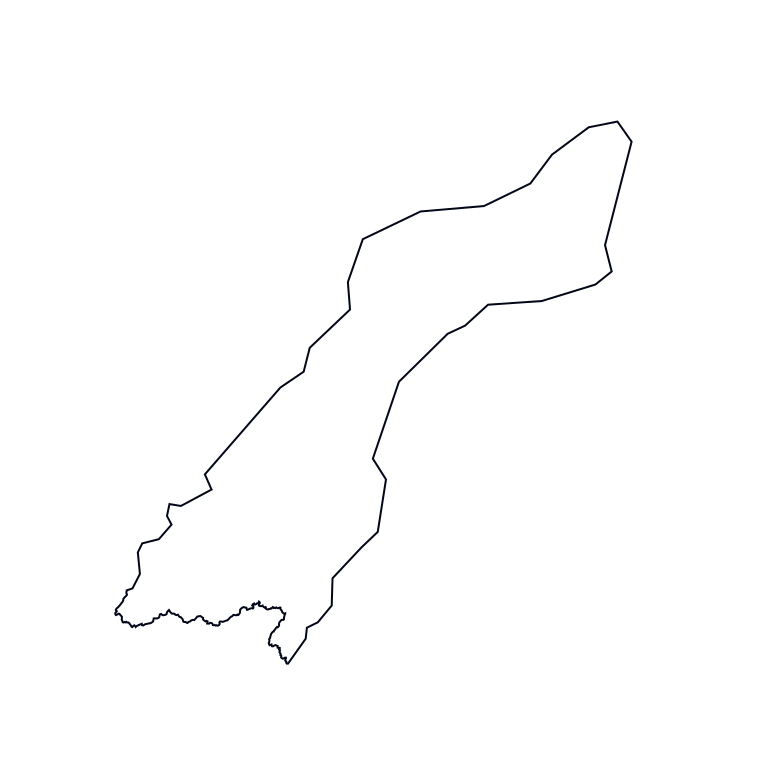 Yambio, Western Equatoria, South Sudan (Equal Earth projection), rotated 41°
{"feature_id": "79223893B76948069319823", "entity_name": "Yambio", "entity_type": "district", "adm_level": 2, "iso_a3": "SSD", "parent_name": "South Sudan", "parent_adm1": "Western Equatoria", "projection": "equal_earth", "projection_center": [28.647, 5.178], "detail": "fine", "context": "isolated", "style": "outline", "palette": "ink", "viewbox_px": 768, "rotation_deg": 41, "n_neighbors": 0, "source": "geoboundaries", "source_scale": "gbopen_adm2", "svg_char_len": 4385}
<svg xmlns="http://www.w3.org/2000/svg" viewBox="0 0 768 768"><g transform="rotate(41 384 384)"><path d="M388.0,32.8L370.1,55.9L360.3,100.7L362.9,136.7L342.7,184.1L298.4,229.8L273.0,288.6L289.9,330.8L309.5,350.1L304.2,405.4L315.3,427.4L308.1,454.6L308.1,569.7L323.1,576.8L310.7,609.3L300.9,615.4L306.8,626.0L315.9,629.5L315.9,648.8L306.1,662.9L308.7,672.6L324.4,687.5L328.3,703.3L325.3,708.4L325.5,708.5L326.0,710.0L327.0,711.0L328.0,711.4L328.4,712.1L328.4,713.3L328.2,714.9L328.2,715.7L328.2,717.0L329.0,718.2L329.6,719.8L329.6,721.9L329.7,723.0L329.8,724.2L329.8,725.4L329.8,726.7L329.5,728.4L329.5,729.2L329.8,730.5L330.6,730.7L331.4,730.8L331.4,731.9L331.4,733.0L332.1,733.9L333.2,734.3L334.1,732.7L334.2,731.6L335.2,731.0L336.4,731.3L337.7,731.4L338.9,731.6L339.8,732.7L340.3,733.3L340.7,734.0L342.2,734.7L343.1,735.2L343.9,734.9L344.2,733.9L345.2,733.6L345.5,732.6L346.5,732.6L347.5,731.7L348.6,731.7L349.4,731.9L350.6,732.1L351.9,732.5L352.8,732.8L353.5,732.6L353.5,731.0L353.9,729.9L355.2,730.0L356.0,730.3L356.3,728.3L356.8,727.5L357.6,725.6L358.5,723.9L359.6,724.8L360.8,724.1L361.3,722.1L362.2,720.9L363.6,719.0L364.7,717.7L365.2,716.3L365.5,714.6L364.6,713.1L364.0,712.0L365.6,710.6L366.6,709.7L367.3,708.4L367.3,707.4L366.3,705.5L366.0,704.8L366.6,703.8L367.9,703.8L369.0,703.5L370.3,701.9L370.7,700.9L370.8,700.1L370.1,699.0L369.8,697.6L370.0,695.6L371.1,695.9L371.5,696.3L372.7,696.3L373.3,696.4L374.5,696.5L375.5,695.6L376.6,694.9L377.9,695.0L378.8,694.7L379.8,693.3L381.1,693.7L382.5,693.9L383.5,693.3L385.4,693.5L386.7,693.8L387.2,694.2L388.2,694.8L388.6,695.0L389.5,694.6L390.4,693.7L391.6,693.7L392.5,693.2L392.5,692.0L393.5,690.2L393.5,689.4L394.2,687.7L395.7,686.5L395.7,684.5L395.7,683.3L395.7,681.9L396.4,681.1L397.5,679.7L398.7,679.4L399.9,679.4L400.9,679.2L401.9,680.4L403.4,680.5L405.1,680.2L405.5,679.2L406.5,678.9L407.1,679.9L407.7,680.8L409.3,679.5L409.3,678.5L410.4,677.7L411.4,677.4L412.4,677.8L413.0,678.2L414.0,677.6L414.3,676.9L415.6,676.7L415.9,675.9L417.1,675.5L417.7,673.9L417.3,672.8L416.2,672.0L416.0,670.9L417.1,670.0L418.5,669.1L419.3,667.6L420.0,666.2L420.8,665.3L421.0,663.8L421.0,662.9L421.1,661.0L421.2,660.0L421.8,658.8L421.8,658.0L421.8,657.1L422.7,656.4L423.5,656.0L424.5,655.1L424.6,654.3L425.3,654.3L425.6,653.9L425.6,652.9L425.5,651.8L425.1,650.7L424.7,650.3L424.2,649.6L423.5,648.7L423.5,647.4L423.7,646.0L424.1,645.2L424.4,644.4L425.7,643.9L426.9,643.1L427.4,643.5L428.2,644.0L428.8,644.3L429.3,643.6L430.1,641.7L430.5,641.1L430.9,640.4L431.6,639.7L432.3,639.5L432.3,638.7L431.9,638.1L431.3,637.6L429.8,637.6L429.7,636.8L429.6,636.0L429.9,635.0L430.7,635.5L431.4,635.0L432.0,633.8L432.0,633.1L432.7,632.2L432.7,631.2L432.4,630.3L433.3,630.3L434.0,630.8L434.2,632.1L434.9,633.2L435.6,633.2L436.2,632.9L437.2,632.1L437.7,631.0L437.9,631.2L438.7,631.2L439.9,631.2L440.8,631.0L440.8,630.2L441.4,630.1L441.9,631.0L443.2,630.9L444.1,630.5L444.7,629.8L444.8,629.3L445.7,628.3L445.7,627.6L446.4,627.2L446.4,626.5L446.4,625.3L447.0,625.2L447.7,625.4L448.0,624.8L449.0,624.4L449.2,623.3L450.2,623.3L451.3,622.5L451.6,621.6L452.2,620.8L452.8,620.8L453.2,621.6L454.0,622.0L455.2,622.0L456.1,622.5L457.1,623.0L458.7,623.0L459.4,622.9L459.9,621.9L460.3,622.4L460.4,623.3L461.2,624.7L461.5,625.5L462.2,626.4L462.9,627.3L462.6,628.3L461.8,628.7L461.4,629.6L461.4,630.3L461.4,631.2L461.4,632.3L461.8,633.4L462.7,634.6L463.4,635.2L463.4,635.9L463.4,637.5L462.6,637.7L462.5,639.0L462.8,640.5L462.8,641.6L462.8,642.3L463.2,643.1L462.7,643.8L462.6,645.2L462.8,646.6L463.3,647.9L464.0,649.3L464.7,650.5L464.6,651.3L464.7,652.0L465.7,652.6L466.4,653.7L467.0,655.2L467.7,655.5L468.5,656.1L469.3,656.0L469.6,655.2L470.0,654.4L470.4,654.7L471.4,655.4L472.3,654.9L472.6,654.1L472.8,653.1L473.5,652.2L474.8,651.8L475.6,651.5L476.2,652.3L476.7,652.8L477.4,652.1L478.5,651.6L478.9,652.1L478.9,653.1L479.3,653.4L480.2,653.2L480.5,653.8L481.0,654.9L481.6,655.2L482.5,655.2L483.2,655.9L483.8,656.6L484.4,656.3L485.2,657.0L485.8,657.9L486.7,657.9L487.8,657.7L488.3,657.1L488.7,655.6L489.5,654.9L490.0,655.3L490.4,656.6L490.9,657.6L492.4,657.6L493.0,658.5L494.1,658.8L495.0,658.0L492.0,627.6L485.7,618.5L490.4,607.3L489.9,585.5L472.6,564.4L474.2,522.2L476.3,499.7L448.1,454.7L424.6,447.7L393.8,372.5L399.1,304.3L406.9,286.8L410.5,255.9L448.6,217.9L478.3,170.2L482.0,149.7L459.7,134.2L411.9,38.7L388.0,32.8Z" fill="none" stroke="#020617" stroke-width="2"/></g></svg>